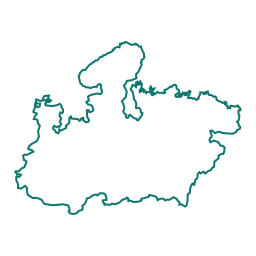 the border of Madhya Pradesh
{"feature_id": "IND-3261", "entity_name": "Madhya Pradesh", "entity_type": "State", "adm_level": 1, "iso_a3": "IND", "parent_name": "India", "parent_adm1": "", "projection": "robinson", "projection_center": [78.282, 23.967], "detail": "fine", "context": "isolated", "style": "outline", "palette": "teal", "viewbox_px": 256, "rotation_deg": 0, "n_neighbors": 0, "source": "natural_earth", "source_scale": "10m", "svg_char_len": 5741}
<svg xmlns="http://www.w3.org/2000/svg" viewBox="0 0 256 256"><path d="M125.8,42.0L131.8,45.0L135.5,43.8L135.9,44.5L136.4,44.1L137.6,44.9L139.4,46.7L141.0,46.6L141.9,49.8L144.0,53.7L143.9,56.4L144.5,57.2L143.4,58.8L141.4,60.0L141.8,61.7L140.9,62.4L140.9,63.3L141.7,64.6L138.1,72.3L136.3,73.8L136.0,75.3L136.5,78.2L131.4,80.3L126.9,80.9L125.9,83.5L123.9,85.5L126.8,91.8L125.7,97.2L121.8,101.3L123.2,103.4L124.4,108.5L123.2,111.6L124.5,113.6L126.4,114.9L125.8,116.5L126.5,117.8L128.3,117.6L129.3,115.1L129.9,114.8L134.2,118.3L136.5,118.7L136.9,120.0L138.1,120.5L142.3,114.5L142.4,113.1L140.9,112.6L141.0,111.2L139.7,108.4L138.6,107.8L136.4,108.3L135.8,107.5L136.3,105.5L135.9,101.8L134.0,99.1L133.2,94.1L132.1,91.0L130.6,89.2L132.2,86.3L132.3,85.2L134.1,85.1L136.0,87.0L136.6,84.6L135.9,83.6L136.0,82.6L137.4,81.7L137.9,84.6L138.8,84.8L139.2,84.4L139.3,82.4L140.2,81.3L140.9,82.3L140.6,84.2L141.8,84.1L141.9,84.6L141.3,88.3L139.6,90.2L139.9,92.1L142.6,90.2L142.9,88.9L144.2,89.7L143.3,90.9L143.6,92.1L145.8,91.5L146.2,93.0L147.4,91.9L150.1,92.4L150.4,91.7L149.7,88.5L150.9,86.5L151.3,86.9L150.4,89.0L150.9,90.0L152.1,89.0L154.3,88.5L151.6,92.9L151.4,94.3L151.9,95.1L153.0,95.1L153.2,93.1L154.2,93.1L154.7,94.1L155.2,94.2L157.1,92.0L159.5,92.9L162.6,92.7L163.5,93.4L165.1,92.7L164.3,90.7L164.7,89.9L166.3,89.6L170.7,86.5L171.7,86.9L173.5,84.9L175.5,84.9L176.4,86.1L176.7,88.7L178.7,90.0L179.3,91.8L176.3,94.6L175.4,94.7L175.5,96.1L176.1,96.9L178.9,96.9L178.9,95.4L180.1,96.7L180.8,96.8L181.7,95.8L180.5,95.1L180.2,93.8L182.5,94.1L182.9,92.8L184.9,95.1L186.9,94.9L187.1,94.2L185.5,92.8L188.4,92.4L189.0,91.1L189.8,90.8L190.5,91.7L188.0,97.8L189.1,98.2L191.6,97.8L192.7,98.7L194.2,98.3L196.6,100.0L197.5,98.9L198.7,98.5L198.6,97.0L200.1,94.6L200.3,92.3L203.3,92.6L203.5,94.0L204.8,94.2L206.1,93.5L204.9,92.4L207.8,91.4L208.8,94.8L212.2,95.4L213.3,96.7L215.6,96.5L216.4,97.9L216.4,99.4L218.5,101.1L220.5,101.5L222.8,103.0L225.0,102.0L225.0,104.3L225.7,104.5L226.4,103.5L226.5,105.8L228.0,106.4L227.6,108.2L230.2,108.1L230.6,105.7L234.9,106.6L237.8,105.6L238.0,106.8L239.4,107.2L240.6,109.5L240.1,110.4L238.9,110.1L238.5,110.6L238.5,114.3L239.3,115.2L239.3,117.2L238.5,120.7L237.0,121.7L238.6,123.6L238.6,125.1L240.3,127.1L239.8,128.8L237.0,130.1L236.3,131.9L232.6,133.8L221.8,132.9L220.0,131.9L218.2,131.8L215.0,133.1L211.7,130.4L210.1,131.0L211.8,135.8L211.1,137.5L210.1,138.1L209.4,140.1L210.4,142.3L213.7,140.6L218.1,142.0L220.8,145.8L222.8,145.8L224.7,147.6L224.0,152.3L223.3,153.9L221.8,153.8L218.6,155.5L218.5,158.4L214.4,161.6L214.1,166.7L211.6,168.4L210.9,170.1L208.3,171.0L205.2,173.5L203.6,171.7L200.5,173.3L199.5,172.2L198.7,172.7L197.6,174.6L197.5,177.7L195.2,180.2L194.9,182.6L194.1,183.1L194.5,184.6L193.9,184.9L192.8,183.5L192.0,184.0L190.3,187.9L189.9,192.4L189.1,193.6L187.8,194.2L187.4,202.1L186.3,205.8L184.9,206.5L181.3,204.3L179.2,204.5L179.6,202.9L179.2,201.9L177.5,200.6L176.8,199.0L173.6,197.2L169.0,199.9L167.9,199.5L165.0,200.5L164.0,199.0L162.6,198.6L160.1,198.8L157.6,200.2L156.8,197.8L155.6,196.5L149.8,195.0L149.2,195.1L148.7,196.8L141.8,198.7L141.1,199.2L141.4,200.3L141.0,200.9L138.0,201.7L133.5,202.0L130.2,200.5L128.4,201.1L128.0,198.2L126.8,197.6L125.4,198.8L122.3,199.8L119.6,202.5L115.1,204.3L112.1,203.6L109.7,205.0L108.1,204.4L106.3,204.7L105.0,203.8L104.4,204.6L102.8,201.3L102.8,200.3L106.5,199.9L105.8,195.2L103.9,193.4L100.2,193.2L97.3,195.4L96.3,194.6L94.6,194.7L92.4,195.6L89.5,197.8L86.9,198.4L85.9,201.9L84.5,204.2L82.3,205.8L82.7,208.7L82.0,210.0L78.7,210.9L76.5,213.3L73.3,214.0L70.2,213.4L68.7,211.7L68.6,211.1L69.6,210.5L69.3,207.9L68.1,205.3L62.8,204.3L53.6,205.2L45.6,204.2L43.6,203.2L42.0,200.3L40.5,199.2L36.8,197.9L32.7,198.0L27.9,194.9L27.1,192.3L27.1,188.1L25.1,185.8L21.0,188.6L17.9,187.9L18.2,184.4L16.3,180.4L16.2,177.0L16.9,176.1L18.2,176.9L19.7,176.6L21.0,175.0L19.7,174.2L17.2,174.1L15.4,172.2L15.6,171.3L18.6,171.3L21.7,168.4L24.2,167.4L26.5,162.0L25.7,160.6L24.0,160.2L23.1,155.7L24.8,154.6L27.0,154.9L33.3,151.7L31.7,150.0L28.6,149.3L28.2,148.1L29.5,145.8L31.1,144.3L36.8,141.1L38.9,136.9L38.1,131.3L39.8,125.8L38.1,123.5L37.3,120.0L36.2,119.3L33.8,119.1L34.7,116.4L36.8,114.1L36.4,113.2L33.5,112.2L33.3,111.5L35.2,107.2L34.8,105.3L35.2,103.8L35.9,105.4L37.7,107.3L39.6,106.7L40.2,103.9L36.5,103.2L36.1,99.5L37.2,99.5L40.6,101.3L42.0,100.3L43.2,100.4L43.2,98.0L44.2,96.1L48.9,95.5L48.2,97.4L49.0,99.2L47.2,99.2L47.0,99.9L48.4,100.6L50.7,100.1L51.1,100.6L49.8,101.8L48.4,102.1L45.5,100.5L46.1,102.6L45.2,104.0L45.6,105.3L52.2,106.1L57.3,105.1L59.8,103.8L61.5,105.7L61.5,107.3L62.9,109.2L63.0,112.1L62.1,113.1L60.3,112.4L59.5,114.4L59.9,116.9L61.2,118.3L59.7,121.9L61.3,124.1L59.3,127.0L58.1,126.3L56.5,127.2L54.2,125.8L53.1,127.4L53.4,129.4L55.4,130.7L55.9,132.4L58.3,133.3L59.2,131.2L59.3,129.5L60.9,130.5L65.9,128.1L66.3,127.1L65.8,125.9L69.2,123.0L69.4,117.8L70.7,116.6L71.1,116.6L71.1,117.8L71.7,118.6L77.9,119.1L79.3,120.8L80.4,120.4L81.1,118.6L83.2,117.8L83.5,118.3L83.0,119.9L83.4,120.4L85.9,122.3L88.3,121.8L89.1,120.2L87.2,117.0L86.9,110.2L88.7,110.2L89.3,112.2L89.9,112.3L92.8,111.0L93.4,109.8L92.2,106.2L90.7,105.0L88.0,104.4L86.3,102.4L86.6,101.7L88.9,100.6L88.0,96.9L88.5,96.1L91.9,94.7L97.0,93.5L100.3,94.1L101.7,93.0L102.1,91.0L101.0,89.0L101.2,87.7L100.7,86.4L101.1,85.1L100.3,84.1L99.1,84.1L98.0,84.7L96.5,87.1L94.4,86.7L89.9,88.2L88.6,87.3L86.1,87.4L84.4,86.2L83.0,86.0L81.8,84.3L80.5,83.6L79.7,80.9L78.6,75.9L79.5,75.2L79.8,73.2L82.8,69.9L85.3,69.9L89.6,64.6L91.8,63.5L92.5,62.5L94.1,62.1L95.2,60.5L97.3,60.4L100.5,56.8L102.6,56.7L103.3,55.3L105.1,55.2L107.7,53.2L110.2,52.5L113.2,50.5L112.9,49.6L114.4,49.0L115.0,47.8L117.8,46.9L119.5,47.3L120.0,43.9L121.3,44.3L121.8,43.1L124.0,43.3L124.7,42.2L125.8,42.0Z" fill="none" stroke="#0f766e" stroke-width="2"/></svg>